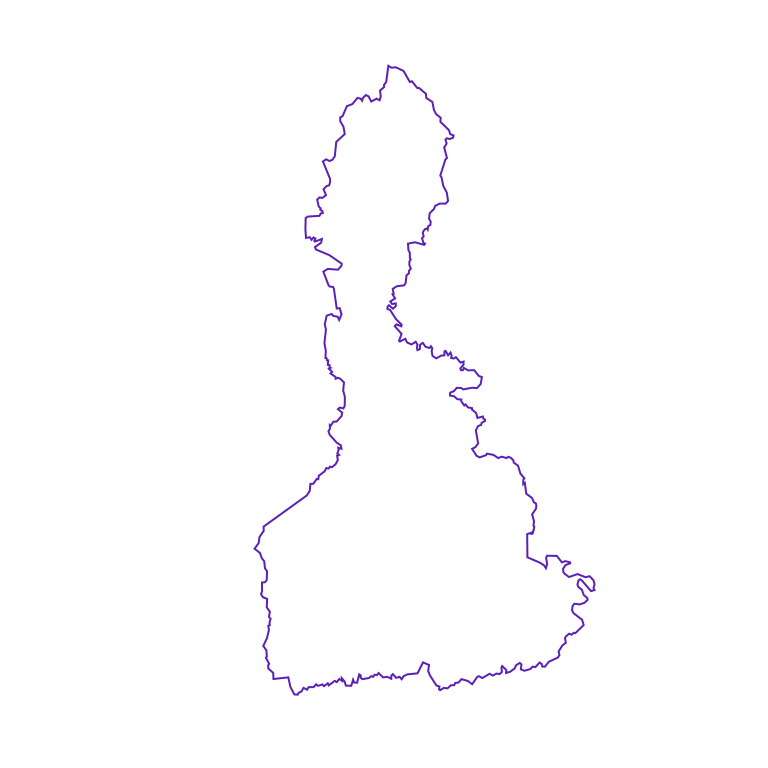 Huejuquilla el Alto, Jalisco, Mexico (Equal Earth projection), rotated 169°
{"feature_id": "50627088B54034913428250", "entity_name": "Huejuquilla el Alto", "entity_type": "district", "adm_level": 2, "iso_a3": "MEX", "parent_name": "Mexico", "parent_adm1": "Jalisco", "projection": "equal_earth", "projection_center": [-103.916, 22.528], "detail": "fine", "context": "isolated", "style": "outline", "palette": "violet", "viewbox_px": 768, "rotation_deg": 169, "n_neighbors": 0, "source": "geoboundaries", "source_scale": "gbopen_adm2", "svg_char_len": 6075}
<svg xmlns="http://www.w3.org/2000/svg" viewBox="0 0 768 768"><g transform="rotate(169 384 384)"><path d="M367.4,663.8L373.6,654.8L376.1,654.1L376.8,650.3L374.7,644.1L374.8,636.9L384.7,630.7L388.8,617.0L391.9,613.9L395.0,613.3L397.9,615.6L401.5,614.1L397.8,595.7L398.4,592.4L399.9,589.5L402.4,589.3L406.2,586.8L404.9,580.5L408.9,578.4L411.7,579.5L414.4,577.7L414.2,570.7L412.7,568.5L413.3,567.3L411.4,565.3L411.5,563.4L413.4,563.6L415.3,561.4L426.9,562.9L429.2,561.9L431.7,550.5L432.7,542.3L428.8,542.2L427.6,539.4L425.3,541.3L423.6,539.9L425.1,537.8L424.6,537.0L417.3,538.2L418.7,534.7L425.6,531.7L425.1,529.0L412.9,520.8L402.6,510.2L403.0,508.4L407.3,505.0L417.2,507.7L422.1,505.9L419.6,491.6L418.8,490.1L415.4,488.9L415.0,487.2L416.0,467.1L413.0,466.9L412.4,460.5L415.8,455.4L416.7,458.9L420.8,460.5L422.0,462.7L427.3,462.0L430.8,453.7L430.6,448.6L434.7,435.4L434.8,427.7L436.5,420.7L435.5,420.4L435.4,418.1L434.3,417.9L435.5,413.5L433.8,412.9L434.3,410.6L433.5,410.0L435.2,409.5L432.6,405.8L434.5,404.5L430.2,400.2L430.4,398.4L428.0,398.9L425.9,397.5L423.0,393.1L425.3,385.4L424.9,378.6L426.8,369.9L428.5,367.8L431.9,369.3L434.0,368.1L430.5,363.9L431.7,360.7L437.6,356.2L440.9,356.6L444.2,353.3L445.0,354.1L445.6,350.4L447.5,348.2L447.0,344.5L441.7,335.6L438.1,332.1L438.1,328.6L441.1,330.1L441.1,328.0L443.1,324.7L441.7,322.9L443.7,322.6L443.8,318.3L446.8,314.5L451.1,312.2L452.8,313.2L454.5,311.6L456.6,312.5L459.0,309.6L465.5,306.4L466.7,303.1L468.1,303.6L472.6,299.5L475.3,300.0L477.3,293.2L481.1,289.3L529.4,267.0L530.1,262.8L535.4,257.6L537.3,251.9L542.5,247.0L538.0,241.8L537.2,236.3L535.4,232.9L536.0,225.9L534.6,222.4L536.5,214.0L538.7,212.1L541.7,212.4L543.2,203.8L544.8,201.2L543.6,197.9L539.7,195.3L541.7,187.2L539.5,182.1L541.4,177.3L540.1,175.1L541.9,171.7L542.1,169.1L543.7,168.8L543.9,164.5L547.4,156.8L552.5,149.9L550.3,145.0L551.0,138.8L552.2,137.8L550.1,131.3L551.5,129.7L551.8,126.6L547.9,121.6L548.8,115.5L533.9,114.3L533.7,104.7L531.3,96.4L528.0,95.5L526.9,97.1L523.6,98.0L521.0,101.1L517.8,98.6L515.9,100.8L510.9,99.9L507.9,102.2L506.5,100.3L501.7,100.8L500.6,98.8L496.3,100.9L495.7,98.7L489.0,102.0L487.2,100.4L484.1,103.0L481.8,100.5L481.5,103.2L479.4,99.5L479.0,95.2L473.7,94.0L470.8,99.6L470.3,96.7L467.4,95.9L463.7,103.7L462.5,102.4L462.9,99.9L461.3,98.3L454.6,98.3L452.1,99.7L450.6,98.6L448.7,100.4L446.4,99.6L444.5,101.3L440.9,96.2L436.6,95.9L433.1,93.3L432.5,96.2L430.7,97.5L428.1,93.2L424.6,93.6L423.0,90.8L420.5,93.5L416.5,94.5L406.3,93.6L398.8,103.3L393.4,99.6L395.4,93.9L394.5,89.2L390.1,78.1L387.3,76.5L388.2,73.7L387.3,72.7L383.3,74.3L379.8,73.1L375.8,75.5L372.5,75.0L371.1,77.0L367.8,76.7L364.3,79.5L358.2,76.4L354.8,72.5L348.2,78.8L346.4,79.0L343.7,76.6L335.7,79.4L332.8,77.0L328.9,78.3L325.9,77.2L323.2,78.9L322.8,83.3L321.8,84.6L318.5,79.9L319.3,77.0L314.9,77.5L310.0,79.9L307.9,82.8L303.9,84.3L302.6,82.5L304.1,77.8L300.9,75.7L294.6,76.3L292.1,78.2L289.4,77.2L284.4,80.9L282.6,79.0L282.6,76.5L280.0,75.8L275.2,79.9L265.6,82.3L263.5,84.4L263.6,88.2L258.7,93.4L254.9,95.2L254.8,100.0L253.8,101.4L249.8,103.6L247.7,102.1L245.2,103.6L243.7,102.9L234.0,109.3L234.5,114.7L241.7,122.9L242.6,125.9L241.3,130.0L239.1,132.0L233.8,130.3L229.0,131.0L225.4,133.2L225.2,135.0L228.2,138.8L229.0,144.2L231.9,147.6L232.4,150.1L230.6,154.1L228.7,154.9L227.1,153.1L220.3,141.2L216.7,141.5L217.2,143.9L215.5,147.2L215.8,151.3L218.8,156.1L223.1,155.9L230.3,160.5L239.2,159.2L242.8,163.1L243.8,165.0L243.5,168.4L240.4,171.6L235.4,172.5L235.5,173.6L239.9,175.5L243.4,175.0L247.2,182.3L256.7,184.3L258.0,182.6L258.2,176.1L260.2,172.3L261.5,175.5L265.1,178.9L276.3,186.5L272.1,209.3L266.2,210.2L267.3,208.8L266.6,208.8L263.7,215.2L264.3,216.5L262.9,220.7L263.5,227.7L258.6,232.6L257.7,235.3L257.7,237.9L259.4,239.1L260.4,243.8L265.3,249.2L264.6,260.0L266.4,259.0L265.6,263.2L264.2,264.7L267.2,270.0L268.0,278.2L271.7,282.2L271.5,284.2L273.6,287.4L275.9,288.8L277.9,287.9L282.3,290.2L286.0,289.5L290.1,293.5L296.2,296.0L297.4,294.7L304.1,293.7L306.9,295.9L309.9,303.5L306.3,304.6L302.9,307.7L302.7,320.9L299.7,324.8L296.5,325.3L295.5,327.3L291.9,328.4L291.6,329.7L293.1,331.1L293.1,333.2L298.8,332.9L299.1,337.9L302.5,342.1L302.2,343.5L306.1,345.0L307.8,348.4L309.3,347.6L311.5,352.4L311.1,354.0L314.9,355.1L317.6,358.6L321.4,360.1L320.7,362.9L316.8,363.6L313.3,366.4L308.7,365.2L307.4,363.6L298.0,363.5L293.6,362.2L289.1,365.5L286.6,372.1L289.5,373.9L292.7,380.3L298.9,381.4L302.5,384.5L303.9,382.5L305.8,382.9L306.1,384.8L302.3,387.7L301.6,390.8L304.8,390.4L308.3,396.6L310.6,395.7L313.1,396.7L312.2,399.2L312.7,402.2L315.6,399.9L317.2,404.7L318.4,404.5L319.3,400.6L322.2,401.0L327.8,399.2L331.0,402.3L331.0,406.8L329.8,409.9L330.7,412.1L332.4,410.6L336.1,412.6L338.1,417.0L341.0,415.7L342.2,411.4L344.7,410.9L344.7,414.0L343.6,416.0L344.8,419.4L349.4,417.6L353.4,420.3L354.5,424.3L360.3,422.7L361.0,423.5L357.2,429.8L362.4,438.7L360.4,440.2L356.0,437.3L355.4,438.9L359.9,445.4L363.9,455.6L366.3,456.9L365.9,459.1L364.1,460.4L360.8,456.2L357.5,458.2L357.1,460.9L360.8,461.0L362.1,463.8L356.8,465.9L358.5,470.5L357.3,470.7L357.3,475.7L352.8,477.5L345.4,477.0L343.5,479.0L341.2,486.4L338.4,487.9L338.0,490.2L335.7,492.0L336.4,496.2L335.6,499.6L334.0,501.1L334.6,502.5L333.6,508.0L334.5,510.3L333.7,517.2L326.5,517.2L318.0,512.9L317.0,514.0L318.3,514.9L318.9,519.9L317.0,521.1L317.0,525.5L314.4,528.1L312.4,528.5L311.7,527.1L310.4,530.5L308.1,531.3L307.2,534.5L308.2,537.7L306.6,542.9L301.5,546.3L299.9,549.0L294.9,550.5L289.0,549.3L286.2,551.5L285.8,559.8L288.0,567.0L288.1,576.0L289.0,577.8L281.0,592.5L279.1,593.8L279.8,604.7L276.7,608.0L277.0,612.3L275.7,613.2L272.8,612.0L269.2,612.6L268.3,614.7L271.4,616.7L271.7,620.6L278.6,630.6L277.6,634.6L281.3,638.9L282.7,643.4L282.7,651.6L287.9,656.7L287.5,660.9L293.2,668.0L294.8,668.1L298.9,675.9L301.0,675.5L305.1,687.6L312.0,692.6L316.4,693.1L319.0,695.5L324.2,680.1L327.0,677.5L327.2,675.5L331.9,672.8L332.4,666.7L334.2,663.3L336.8,665.5L342.6,663.7L344.3,669.3L346.7,671.1L350.1,668.8L351.5,666.3L352.5,668.5L355.5,669.9L361.7,664.8L367.4,663.8Z" fill="none" stroke="#5b21b6" stroke-width="2"/></g></svg>